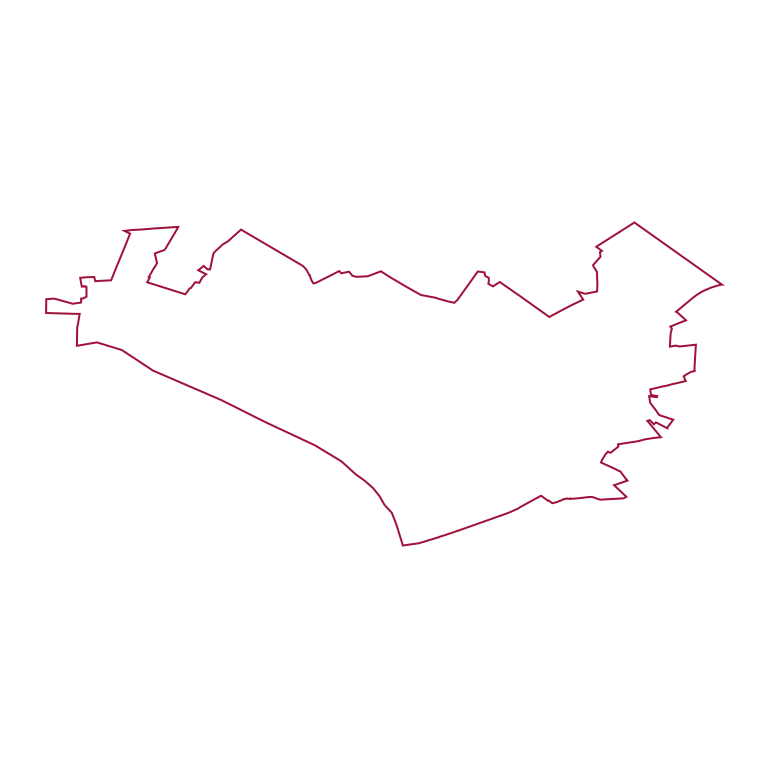 Ogre, Ogre, Latvia (Equal Earth projection)
{"feature_id": "27541924B85046161363388", "entity_name": "Ogre", "entity_type": "district", "adm_level": 2, "iso_a3": "LVA", "parent_name": "Latvia", "parent_adm1": "Ogre", "projection": "equal_earth", "projection_center": [24.619, 56.811], "detail": "fine", "context": "isolated", "style": "outline", "palette": "rose", "viewbox_px": 768, "rotation_deg": 0, "n_neighbors": 0, "source": "geoboundaries", "source_scale": "gbopen_adm2", "svg_char_len": 5423}
<svg xmlns="http://www.w3.org/2000/svg" viewBox="0 0 768 768"><path d="M634.4,222.5L616.0,234.2L597.6,245.9L596.3,246.8L601.9,250.9L600.0,252.1L600.5,256.8L595.0,262.9L593.0,265.2L593.6,266.6L597.0,271.9L597.1,276.8L597.4,284.6L597.0,291.5L585.2,293.8L577.9,291.6L583.2,299.6L575.6,303.2L572.7,304.6L560.3,311.0L549.3,317.0L518.5,295.0L517.6,294.5L517.4,294.3L499.8,282.0L493.0,286.4L488.4,283.9L488.9,280.2L488.7,277.7L485.2,276.0L484.5,272.4L477.8,271.5L469.5,283.1L461.1,294.8L460.3,296.0L459.4,297.2L458.3,298.7L457.3,300.1L455.8,301.4L454.3,302.8L448.0,301.4L437.6,298.5L435.9,297.8L420.9,295.0L409.4,288.5L407.0,287.2L403.3,285.0L399.4,282.7L396.9,281.2L392.8,278.8L389.9,277.1L389.0,276.5L380.9,271.3L374.8,273.6L369.8,275.5L367.7,276.3L356.3,276.8L352.5,275.8L349.0,271.7L341.3,273.3L339.3,271.1L337.8,271.8L335.8,272.8L333.2,274.2L330.6,275.5L329.2,276.2L322.2,279.7L321.6,280.0L319.6,281.0L318.6,281.5L316.1,282.8L313.6,283.5L313.0,282.8L311.9,281.1L311.1,279.3L309.9,275.6L309.8,275.3L309.5,275.4L306.4,269.7L303.0,266.0L241.0,229.6L228.0,241.3L222.8,244.4L219.0,247.9L215.2,251.4L214.0,252.6L213.6,253.5L213.2,254.4L212.9,256.0L212.6,257.6L212.5,258.0L212.4,258.4L211.2,263.9L210.1,269.4L208.8,269.3L207.4,269.3L206.9,268.8L203.6,265.9L199.2,269.6L198.3,270.3L206.1,274.2L205.8,274.4L202.4,277.4L202.2,277.6L202.1,277.9L201.6,278.7L200.8,280.1L199.5,282.6L199.4,282.8L195.2,282.2L195.1,282.3L192.9,285.3L190.9,288.0L189.7,288.4L185.3,294.3L185.0,294.2L147.2,282.3L149.8,277.4L148.7,277.0L149.5,275.9L149.7,275.5L149.8,275.3L149.9,275.1L154.2,267.6L154.4,267.6L155.7,265.4L156.9,263.4L157.0,263.3L157.0,263.1L156.5,260.7L155.9,258.1L155.4,256.1L155.2,255.3L155.0,254.3L154.8,253.5L155.5,253.2L159.4,251.8L164.2,250.1L164.7,249.8L165.2,249.1L165.7,248.3L167.3,245.6L167.6,245.1L168.1,244.2L168.6,243.4L172.5,236.8L174.1,234.1L175.7,231.4L177.8,227.8L178.2,226.9L153.8,228.5L152.3,228.6L151.2,228.7L150.2,228.8L145.3,229.2L140.4,229.6L137.4,229.7L134.4,229.9L133.6,229.9L132.7,230.0L132.4,230.0L132.0,230.0L131.3,230.1L127.9,230.5L124.5,230.9L130.1,233.7L129.5,235.0L128.1,238.6L125.3,245.6L117.2,265.3L114.6,271.6L114.5,271.9L113.6,274.1L113.4,274.7L111.8,278.6L111.1,280.3L105.9,280.6L104.9,280.6L96.2,281.1L95.2,281.1L94.3,277.0L89.4,277.2L88.6,277.2L87.5,277.2L80.2,277.8L81.8,286.6L82.3,286.5L83.5,286.3L84.0,286.2L83.9,286.6L86.4,286.7L86.5,290.7L86.5,296.7L83.1,298.5L81.1,298.6L81.1,302.5L80.0,302.7L73.6,303.6L72.9,303.8L54.3,298.6L46.3,299.2L46.1,311.1L46.1,313.0L73.4,313.8L79.7,313.9L78.9,318.5L77.8,324.9L77.2,327.4L76.9,345.8L96.9,342.4L121.8,350.0L153.0,370.6L220.9,399.9L264.9,421.9L314.9,445.3L341.5,461.4L355.7,474.3L364.5,480.6L373.1,488.1L379.6,496.3L384.4,504.8L391.8,512.8L396.1,523.7L402.9,545.5L419.2,543.2L419.7,543.0L425.1,541.4L425.9,541.1L427.0,540.8L428.1,540.4L429.2,540.1L430.9,539.6L431.2,539.5L432.3,539.2L433.6,538.8L434.8,538.4L436.1,538.0L437.4,537.6L438.0,537.5L439.5,536.8L443.1,535.7L443.9,535.5L448.6,533.9L461.2,529.6L472.8,525.5L503.5,514.6L505.6,513.9L509.7,512.3L517.8,508.7L520.4,507.0L527.9,502.9L535.7,498.6L536.0,498.4L536.8,498.0L538.2,497.3L538.7,497.0L540.7,495.9L541.1,495.8L543.0,497.1L547.9,500.7L548.3,500.4L548.5,500.5L552.3,503.2L552.5,503.2L554.8,502.6L556.3,502.3L557.2,501.9L557.3,501.9L557.8,501.7L558.1,501.5L558.3,501.4L558.9,501.2L559.4,501.0L560.7,500.6L562.0,500.1L562.4,499.9L562.6,499.6L563.4,499.4L564.0,499.1L564.8,499.1L565.0,498.9L565.4,498.9L566.5,498.7L566.9,498.4L567.7,498.7L567.9,498.7L568.5,498.7L569.2,498.9L569.6,498.7L570.0,498.6L570.0,498.8L570.3,498.9L570.8,498.9L571.1,498.8L571.6,498.8L574.6,498.6L576.4,498.4L578.9,498.2L585.8,497.4L588.5,497.1L591.2,496.9L592.4,497.0L598.8,499.3L599.9,499.6L601.6,499.6L601.8,499.6L602.3,499.6L603.1,499.5L613.9,498.9L620.7,498.5L622.8,498.4L623.6,498.3L624.0,498.1L625.8,497.1L626.4,496.8L626.1,496.5L614.1,485.2L627.4,480.6L625.8,478.8L625.9,478.7L625.4,478.3L623.7,475.9L622.6,474.5L621.3,472.7L620.3,471.4L619.6,471.2L618.4,470.7L616.8,469.8L616.5,469.7L615.9,469.3L601.8,462.9L601.3,462.7L601.0,462.5L601.3,461.9L601.7,460.6L602.3,459.3L602.7,458.8L604.3,456.5L604.7,455.6L605.0,454.9L606.3,453.5L607.9,451.7L608.1,451.8L608.3,451.9L610.5,452.8L614.3,449.8L614.7,449.5L618.4,446.5L618.0,444.3L628.9,442.6L638.1,441.2L644.4,439.5L646.8,439.0L649.3,438.7L649.6,438.6L654.4,437.9L660.9,437.2L647.6,421.1L647.4,420.9L649.7,420.1L649.9,420.3L653.9,424.3L656.0,422.4L666.7,428.0L667.3,428.2L667.2,427.7L670.1,423.9L673.2,419.7L669.5,418.5L665.9,417.2L664.8,416.9L663.8,416.6L661.9,416.0L660.0,415.3L658.9,414.7L656.2,410.7L650.2,402.8L650.2,402.7L649.1,396.2L650.1,396.3L656.9,397.2L657.2,396.1L651.0,395.0L650.2,389.4L650.3,389.4L654.5,388.4L662.4,386.5L666.7,385.7L672.7,384.0L674.9,383.6L685.7,381.1L684.0,377.1L683.7,376.3L686.4,374.5L687.9,373.6L691.1,371.8L691.9,371.6L694.6,371.1L694.8,370.9L694.5,369.5L694.5,369.1L694.6,366.0L695.5,350.9L695.9,344.7L679.6,346.5L675.8,345.6L669.9,346.6L669.9,346.2L670.6,333.7L671.9,328.6L670.4,326.6L678.1,323.4L686.0,320.4L685.4,319.7L677.3,312.4L676.1,311.8L678.6,309.8L681.4,307.4L684.4,304.9L687.6,302.2L690.5,299.8L691.9,298.6L693.7,297.2L695.8,295.6L698.1,294.0L701.2,292.2L702.1,291.6L704.2,290.6L705.4,290.0L706.6,289.5L707.6,289.1L708.6,288.7L709.7,288.2L710.9,287.7L711.7,287.4L713.7,286.8L715.7,286.2L716.8,285.8L718.0,285.5L719.7,285.1L721.4,284.7L721.7,284.6L721.9,284.6L634.4,222.5Z" fill="none" stroke="#9f1239" stroke-width="2"/></svg>